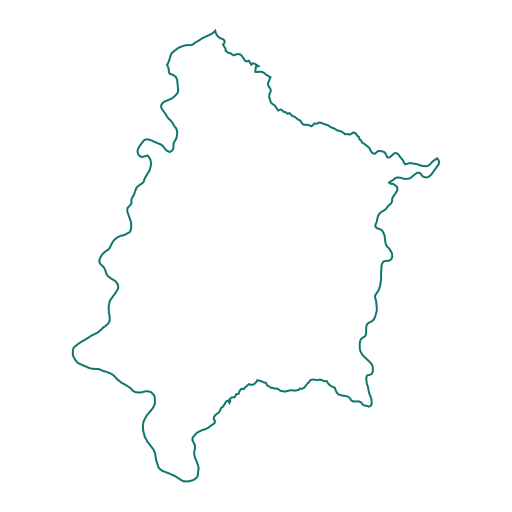 outline of Três Marias, Minas Gerais, Brazil
{"feature_id": "56859067B13863340921701", "entity_name": "Três Marias", "entity_type": "district", "adm_level": 2, "iso_a3": "BRA", "parent_name": "Brazil", "parent_adm1": "Minas Gerais", "projection": "mercator", "projection_center": [-45.061, -18.299], "detail": "fine", "context": "isolated", "style": "outline", "palette": "teal", "viewbox_px": 512, "rotation_deg": 0, "n_neighbors": 0, "source": "geoboundaries", "source_scale": "gbopen_adm2", "svg_char_len": 6035}
<svg xmlns="http://www.w3.org/2000/svg" viewBox="0 0 512 512"><path d="M167.0,65.0L168.1,67.1L168.8,69.4L168.8,72.1L169.7,73.7L173.8,75.3L175.9,77.1L177.1,79.6L178.1,89.1L178.1,91.6L177.2,93.4L175.5,95.4L172.4,98.1L170.1,99.3L164.4,101.6L162.5,103.1L161.2,105.3L161.2,107.3L162.1,109.3L165.3,113.6L167.8,117.7L169.1,119.2L170.8,120.6L172.5,122.9L174.7,126.7L176.0,128.1L177.0,130.7L177.2,133.7L176.8,136.3L176.1,138.9L173.4,143.6L173.5,146.1L173.3,149.0L171.8,150.8L169.7,152.0L166.6,150.6L164.8,148.6L163.5,146.5L161.1,144.6L154.1,141.7L151.6,140.5L148.7,139.5L146.6,139.3L144.3,140.0L139.9,145.6L138.3,148.4L137.6,150.4L137.6,152.2L138.4,154.6L140.4,156.6L142.6,157.0L147.4,155.5L149.5,157.8L150.4,159.8L150.9,162.3L151.0,164.7L149.6,170.4L145.3,177.3L144.3,179.7L143.7,181.7L142.4,183.1L137.8,186.3L136.2,188.3L134.0,194.6L131.8,198.3L131.3,200.5L131.4,203.6L129.8,205.7L127.6,207.8L127.2,211.3L130.3,219.9L131.1,222.7L131.2,224.6L131.1,229.0L129.9,232.0L125.4,234.5L123.0,235.5L121.3,235.6L117.7,237.2L114.6,239.5L112.3,242.6L110.0,247.3L108.8,249.3L104.9,251.8L103.0,253.6L101.8,255.0L99.5,259.2L99.4,262.0L100.7,264.5L102.8,266.2L104.2,268.0L105.2,270.1L106.5,273.9L107.4,275.6L111.2,278.6L115.0,280.8L117.3,283.6L118.1,285.4L118.2,287.5L117.8,289.2L115.3,293.2L110.0,300.5L109.2,303.5L108.7,306.2L108.7,309.4L108.9,312.5L109.4,315.0L109.7,317.7L109.7,320.3L109.1,322.1L107.8,324.0L105.6,325.9L103.2,327.5L101.6,329.3L98.0,332.3L94.6,334.2L91.2,335.7L89.0,337.3L80.6,342.3L77.4,344.5L73.8,347.5L72.9,349.9L72.8,355.3L75.5,360.4L78.1,363.1L84.2,365.9L86.2,366.6L88.6,367.8L90.4,368.4L92.5,368.8L98.8,369.1L103.3,371.0L105.7,371.6L110.6,373.5L112.9,374.8L114.8,376.6L116.5,378.6L119.8,381.4L121.7,382.8L125.8,385.0L129.7,387.6L131.1,388.7L132.4,390.4L134.0,391.5L135.7,392.2L140.1,392.6L146.4,391.2L148.9,391.5L151.1,392.2L152.8,393.9L154.2,395.6L154.8,397.7L154.9,403.8L153.7,406.5L152.4,408.7L146.5,415.8L144.5,419.5L143.4,422.1L142.9,424.9L143.1,430.2L144.7,436.6L147.7,442.1L151.1,446.4L153.8,450.1L155.1,453.4L156.0,459.4L158.0,466.1L159.0,468.1L161.1,470.1L163.2,471.2L169.5,473.6L175.3,476.2L180.3,479.6L182.1,480.6L183.9,481.3L188.8,481.3L192.6,480.3L194.7,479.3L196.3,477.9L197.6,476.2L198.0,474.4L198.0,472.3L198.4,470.2L198.6,467.6L197.4,463.4L195.2,458.2L194.1,454.0L194.2,451.6L195.0,449.0L194.9,444.9L192.5,440.5L192.5,438.3L193.5,436.4L197.1,432.6L201.8,430.3L206.2,428.8L208.4,427.7L211.8,425.0L214.5,423.3L215.0,421.1L213.7,419.2L214.0,416.9L215.5,414.9L219.4,411.9L221.1,408.0L223.0,406.7L226.1,401.6L228.0,400.5L229.4,402.9L230.3,401.1L229.8,399.0L231.8,397.4L234.7,397.2L236.2,394.2L238.6,393.9L239.3,391.6L240.2,390.1L241.5,388.8L243.6,389.2L245.5,387.1L249.0,384.1L251.0,384.9L253.8,384.4L256.1,382.2L257.3,380.2L261.4,381.2L263.8,382.4L265.9,382.8L267.1,385.3L268.8,386.2L271.2,387.9L272.9,387.9L274.7,388.6L277.2,388.6L280.6,390.8L285.0,391.6L289.2,390.5L292.1,390.2L294.6,390.7L296.9,390.3L298.7,390.0L299.8,388.6L301.9,388.8L304.4,387.6L307.3,383.6L308.9,382.3L310.5,380.0L313.2,379.5L317.8,380.2L319.7,379.5L321.6,380.0L324.1,381.2L326.8,381.1L328.0,383.3L329.5,385.0L332.9,387.1L334.7,387.6L335.7,390.4L336.7,392.5L338.1,394.3L343.0,395.7L346.1,396.1L348.2,396.9L350.0,398.2L351.1,400.3L353.4,401.5L358.9,401.4L361.0,402.3L362.6,404.5L364.5,405.6L366.8,405.8L368.9,406.7L371.0,405.6L371.7,403.7L371.4,398.9L369.0,392.6L368.2,388.1L367.6,385.8L366.8,383.9L366.2,377.7L367.1,375.5L369.9,374.8L371.8,373.8L372.6,372.2L372.9,370.0L372.8,367.1L372.1,365.0L371.1,363.3L362.9,355.4L361.3,353.0L360.2,350.7L359.8,347.9L359.7,343.8L360.0,341.8L360.7,339.7L361.8,338.3L365.2,336.1L366.1,334.1L366.2,326.9L367.2,324.1L369.4,322.4L371.7,321.3L373.7,319.7L375.3,316.2L376.9,310.2L376.4,303.7L376.1,300.8L375.1,297.9L375.1,295.5L378.9,289.7L380.2,285.2L381.1,279.1L381.1,273.9L381.5,265.7L382.0,263.9L383.4,261.6L385.9,260.9L388.8,260.8L391.3,259.2L392.2,257.0L392.2,254.9L391.8,252.9L389.8,249.6L388.6,248.0L386.9,246.2L385.8,244.1L385.3,241.9L384.5,235.2L382.8,231.5L380.7,229.5L376.5,228.0L375.2,226.2L375.7,224.3L376.5,222.4L378.0,216.3L379.1,214.0L380.9,212.2L384.3,210.3L385.7,209.2L388.1,206.0L391.0,203.4L392.1,201.4L392.1,199.0L392.9,196.9L395.4,193.6L396.7,191.4L397.5,189.4L397.0,187.0L395.0,185.1L393.1,183.9L391.1,183.9L389.1,182.7L391.0,181.1L393.1,180.1L394.5,178.7L396.8,177.5L400.6,177.7L404.8,179.0L409.1,178.6L411.1,177.5L415.2,174.1L416.9,172.9L419.1,172.7L420.6,173.5L421.6,175.2L423.0,176.6L425.2,177.3L427.2,177.4L429.1,176.5L431.2,174.7L432.5,172.9L438.6,164.3L439.2,161.9L438.4,160.0L437.1,158.3L432.9,161.3L428.9,165.4L426.4,166.2L422.9,166.0L420.9,165.6L417.2,164.2L410.0,163.0L405.4,164.3L404.0,163.0L403.3,160.8L400.8,157.8L397.8,153.8L395.3,152.9L393.1,154.3L391.2,156.2L389.1,157.5L387.2,157.2L386.3,155.0L384.9,152.6L383.0,151.5L378.3,150.9L374.8,153.8L372.2,153.0L370.6,150.6L369.2,147.8L364.0,143.6L361.9,142.4L361.0,140.3L359.5,139.3L359.0,137.1L357.4,136.0L355.9,133.6L353.5,132.4L349.9,134.6L347.0,134.0L344.9,134.3L343.4,132.7L341.3,131.5L336.9,130.3L335.1,128.9L331.1,127.3L327.4,125.0L324.9,124.4L322.4,123.3L319.3,122.5L316.8,123.7L314.2,123.6L312.9,125.2L311.1,126.3L308.7,124.9L303.5,124.7L301.5,122.8L300.5,120.6L298.4,119.8L294.7,116.8L292.4,116.1L289.6,113.1L287.6,113.8L285.7,112.2L283.4,111.7L281.9,110.0L280.2,109.6L278.1,110.5L275.0,105.8L271.5,103.2L270.3,101.2L270.1,99.2L269.1,97.3L269.6,93.3L270.7,91.7L270.7,89.7L269.9,88.1L268.8,86.5L267.9,84.4L268.2,82.6L270.5,77.3L265.8,74.5L264.3,73.0L262.0,71.9L259.3,71.7L257.3,72.0L255.2,71.8L255.9,66.7L258.4,66.1L254.7,63.7L252.4,63.4L251.3,64.7L248.8,60.7L246.9,61.4L245.2,60.9L242.7,57.1L241.1,55.0L239.1,54.1L236.0,54.3L233.9,55.4L232.4,54.7L230.7,53.3L228.2,52.8L225.6,50.7L225.3,48.2L224.0,46.3L223.0,44.5L224.6,42.6L224.5,40.6L222.8,39.1L220.2,38.2L217.9,36.5L215.8,33.2L215.2,30.7L213.2,32.7L211.4,34.0L201.8,38.5L198.8,40.6L194.6,42.9L193.2,44.3L191.3,45.1L186.8,45.1L184.0,45.7L179.6,47.3L178.1,48.0L172.1,52.7L170.8,54.7L169.3,60.1L168.3,62.7L167.0,65.0Z" fill="none" stroke="#0f766e" stroke-width="2"/></svg>